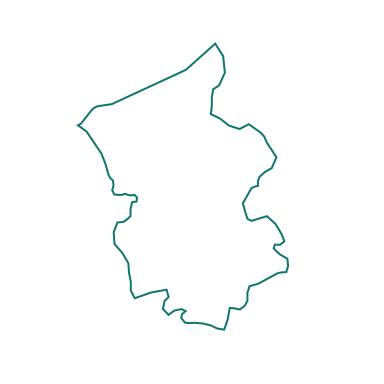 the Province of Vratsa, rotated 321°
{"feature_id": "BGR-2251", "entity_name": "Vratsa", "entity_type": "Province", "adm_level": 1, "iso_a3": "BGR", "parent_name": "Bulgaria", "parent_adm1": "", "projection": "mercator", "projection_center": [23.765, 43.427], "detail": "fine", "context": "isolated", "style": "outline", "palette": "teal", "viewbox_px": 384, "rotation_deg": 321, "n_neighbors": 0, "source": "natural_earth", "source_scale": "10m", "svg_char_len": 1418}
<svg xmlns="http://www.w3.org/2000/svg" viewBox="0 0 384 384"><g transform="rotate(321 192 192)"><path d="M145.4,68.4L148.8,69.0L167.5,64.8L172.3,65.8L184.9,73.2L262.1,92.7L264.3,93.2L303.4,91.3L301.7,106.0L292.6,120.0L280.2,126.2L273.1,125.5L267.1,130.8L261.1,138.1L255.6,143.3L260.0,152.6L262.5,163.6L268.6,173.0L278.8,175.1L282.8,189.4L283.0,194.6L281.3,200.5L279.5,218.1L269.0,223.6L261.3,222.3L253.8,222.7L249.6,225.5L247.2,228.7L243.9,227.2L240.7,226.4L224.4,232.8L220.5,241.7L218.2,247.8L220.1,251.9L235.0,257.9L236.8,269.5L235.0,281.7L232.7,288.5L227.1,288.4L223.3,285.0L219.9,287.3L221.1,295.9L224.1,303.9L220.1,310.0L214.9,313.6L211.1,310.9L207.5,309.0L185.7,305.0L177.4,301.4L171.4,305.4L166.6,311.5L161.0,313.7L155.2,313.4L151.9,309.2L148.4,305.9L139.0,313.9L130.3,319.2L125.8,314.1L122.5,307.3L117.3,300.6L111.5,295.1L107.7,292.5L104.4,289.2L104.3,283.2L107.4,280.6L112.1,280.6L110.3,276.5L103.6,273.0L96.4,272.7L95.9,264.5L102.1,259.4L107.8,258.9L110.7,251.9L97.1,244.4L80.6,238.5L82.4,230.1L87.9,223.3L92.4,214.9L97.7,207.3L99.5,195.5L99.0,183.8L105.8,174.0L114.8,168.8L120.1,172.1L124.5,172.4L128.9,172.1L133.8,166.3L139.1,162.2L142.8,164.5L145.8,161.8L145.5,158.0L142.8,156.5L140.5,154.1L138.8,151.2L136.1,150.3L133.7,148.6L130.0,144.9L131.2,140.3L135.1,137.6L137.7,133.5L137.3,129.8L137.9,126.2L142.3,116.0L145.8,105.1L148.1,78.6L145.4,68.4Z" fill="none" stroke="#0f766e" stroke-width="2"/></g></svg>